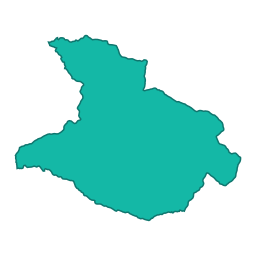 Monte Alegre de Minas, Minas Gerais, Brazil (Albers equal-area conic projection)
{"feature_id": "56859067B97314515422206", "entity_name": "Monte Alegre de Minas", "entity_type": "district", "adm_level": 2, "iso_a3": "BRA", "parent_name": "Brazil", "parent_adm1": "Minas Gerais", "projection": "albers", "projection_center": [-48.909, -18.813], "detail": "fine", "context": "isolated", "style": "filled", "palette": "teal", "viewbox_px": 256, "rotation_deg": 0, "n_neighbors": 0, "source": "geoboundaries", "source_scale": "gbopen_adm2", "svg_char_len": 5717}
<svg xmlns="http://www.w3.org/2000/svg" viewBox="0 0 256 256"><path d="M49.8,45.5L52.6,46.6L53.8,46.8L54.5,47.4L56.6,48.0L55.4,50.5L55.8,51.6L56.8,51.7L58.0,53.1L58.6,54.2L59.2,54.8L60.2,55.2L61.2,56.2L61.8,57.4L60.9,58.3L61.2,59.6L62.0,60.5L62.4,61.6L63.1,62.1L64.1,62.1L64.5,62.9L64.4,63.9L64.7,65.1L65.5,66.5L64.9,67.5L64.7,68.5L65.9,68.5L66.5,69.6L67.4,70.2L68.3,72.1L68.9,73.0L69.7,73.7L70.4,74.5L72.0,76.9L71.9,78.1L72.7,78.8L73.6,78.9L74.7,79.5L75.5,80.4L76.5,81.0L77.7,81.3L80.2,81.5L81.0,81.9L82.7,83.2L83.5,84.0L83.6,85.2L82.6,86.0L81.6,87.3L81.2,89.4L80.5,90.4L80.1,91.7L81.2,93.7L82.2,94.7L82.7,95.7L82.9,96.9L82.9,98.0L82.4,99.0L80.8,101.3L80.3,102.9L79.5,104.4L77.6,107.4L77.5,108.6L79.4,110.9L79.4,112.4L79.2,113.3L78.8,115.7L79.2,116.8L80.8,119.1L80.4,119.9L77.9,120.7L75.9,123.2L74.6,123.5L73.4,122.9L71.3,121.1L69.4,120.7L68.4,121.0L67.6,121.5L67.0,122.8L66.5,123.6L65.6,124.1L64.1,126.2L63.9,127.4L64.0,128.6L63.6,129.9L62.5,130.8L61.8,131.6L59.4,133.2L58.2,133.8L56.7,133.9L54.2,133.6L50.9,134.3L49.9,133.9L47.9,134.2L43.6,136.2L40.9,138.0L38.0,138.9L37.2,139.6L35.3,140.5L34.3,141.2L31.6,143.7L29.6,143.9L27.5,144.8L25.8,144.8L24.6,145.4L24.0,146.0L23.1,146.1L22.2,146.4L21.3,146.5L20.7,147.2L19.6,147.5L19.2,149.5L18.2,151.7L16.5,153.6L15.4,155.6L15.9,156.6L15.7,157.6L15.7,158.6L16.2,160.0L16.0,162.3L16.7,163.0L16.6,164.1L16.9,165.4L17.0,167.2L17.1,168.5L18.2,168.1L19.4,168.5L20.7,168.4L21.8,168.5L22.8,168.2L23.9,165.6L25.1,165.3L26.6,166.9L27.4,167.4L28.5,167.2L31.6,167.0L34.2,166.1L36.8,167.0L38.0,166.2L39.1,166.1L40.0,166.8L43.2,171.1L44.5,171.0L44.5,169.6L45.3,168.8L46.7,169.2L47.7,169.6L49.0,169.5L50.2,170.4L51.5,171.9L52.4,173.8L53.1,174.6L54.2,175.2L55.5,175.0L56.7,175.4L58.1,176.7L59.1,177.0L60.5,176.7L61.4,177.1L62.0,178.1L62.9,178.9L65.0,179.1L66.6,179.1L67.7,179.6L70.2,180.5L71.4,180.5L72.3,180.7L73.3,181.0L73.9,181.9L75.5,186.5L76.9,188.3L78.1,188.8L78.7,189.8L79.4,190.5L80.7,190.9L81.3,192.1L82.4,192.5L83.3,193.2L84.0,195.3L84.9,195.7L86.0,195.7L86.8,196.2L90.0,199.2L91.9,200.1L94.1,200.3L94.9,200.8L94.8,201.8L95.1,202.9L96.1,203.8L97.2,204.0L100.0,204.0L101.1,204.2L103.5,205.8L104.6,206.1L106.1,206.0L107.8,207.1L110.7,207.8L112.9,209.1L115.3,210.8L116.5,211.1L117.7,210.1L119.1,210.3L120.8,211.0L121.9,211.4L122.9,212.0L124.1,212.2L125.2,212.7L126.7,212.3L128.2,212.2L130.1,213.8L131.4,214.3L132.4,214.9L135.5,216.1L136.5,216.1L138.1,217.8L139.3,218.1L140.4,218.7L142.9,218.5L144.3,219.3L146.8,220.0L148.0,220.2L148.9,220.5L150.0,219.9L150.8,219.1L151.5,218.3L152.5,218.2L154.2,216.5L157.5,214.9L158.9,214.9L160.0,214.4L161.0,214.3L162.0,214.5L163.2,213.6L164.4,213.1L165.6,213.1L168.4,212.0L170.9,212.5L171.8,211.9L172.4,212.8L173.3,212.7L173.9,211.9L175.0,211.4L176.3,211.5L177.5,211.7L178.6,211.3L179.4,211.3L179.8,210.2L180.7,210.3L181.6,210.9L182.4,211.1L183.4,210.8L184.3,211.2L185.6,208.2L187.0,206.5L187.8,205.4L188.1,204.1L188.1,202.7L188.6,201.4L189.5,200.5L190.9,199.8L192.8,198.0L193.4,196.5L193.7,193.3L194.4,192.8L196.2,192.0L197.2,191.1L198.5,190.5L199.3,189.9L200.3,187.5L201.3,187.1L202.3,186.5L203.0,185.5L203.5,184.4L203.7,183.4L203.4,182.3L202.9,181.3L202.9,180.1L203.2,179.0L204.6,177.2L205.3,176.1L206.2,173.9L206.7,173.1L207.7,173.0L208.5,173.4L209.2,173.9L211.0,175.7L212.5,176.6L213.4,177.3L214.3,178.0L216.5,180.6L218.9,181.9L219.8,183.8L222.4,184.5L223.2,185.2L224.3,185.5L225.5,185.6L226.2,185.2L226.9,184.3L228.0,183.6L228.6,182.9L230.3,181.8L231.5,181.2L232.8,180.0L233.6,178.9L235.3,177.1L235.7,176.2L236.0,173.5L237.0,170.3L237.2,168.0L237.9,165.6L238.0,164.6L238.7,163.8L239.2,162.8L239.8,162.0L240.3,160.7L240.6,158.9L240.5,157.4L239.6,156.8L238.6,156.3L238.1,155.5L236.1,153.5L235.3,153.1L233.5,153.3L231.8,153.8L230.9,153.5L230.0,152.9L229.0,152.1L228.4,150.2L227.5,149.0L226.5,148.3L225.5,146.4L224.5,145.5L221.0,144.3L219.7,144.0L218.7,142.9L216.5,137.6L216.3,136.5L216.9,135.7L218.0,135.1L219.9,133.4L221.6,131.5L222.7,131.0L223.6,130.2L223.8,129.2L223.6,128.1L223.1,126.8L222.9,124.8L222.6,123.8L222.1,122.6L220.4,120.8L218.6,119.5L218.0,118.4L217.1,117.3L214.6,115.1L213.6,115.0L212.4,114.6L210.5,113.3L208.7,111.7L207.4,111.3L205.2,111.0L203.8,111.3L201.1,110.6L199.9,110.5L198.7,110.8L196.9,111.6L195.8,111.3L194.7,110.7L191.2,107.8L188.7,106.3L187.7,106.0L186.0,104.9L185.1,104.1L182.8,103.5L181.5,102.9L180.6,102.6L178.8,101.7L176.8,101.8L175.9,101.3L172.1,98.8L171.3,98.1L170.4,97.5L167.6,96.1L165.8,94.7L164.9,94.5L164.3,93.7L163.6,92.4L162.7,91.4L161.4,90.9L160.1,90.8L159.5,90.0L158.2,89.9L157.2,89.7L156.4,88.7L155.5,88.2L154.5,88.1L153.6,88.3L151.8,89.0L150.7,89.1L149.3,89.6L146.5,90.1L145.5,90.5L144.3,90.7L143.3,90.2L143.5,88.9L144.2,87.8L144.6,86.8L145.1,83.4L145.0,82.1L145.3,81.1L145.3,79.5L144.9,78.0L144.3,76.7L144.3,75.5L144.7,74.6L145.2,72.0L145.1,70.6L145.5,69.0L145.6,67.7L145.3,66.6L146.7,64.1L147.2,61.5L146.5,60.4L145.3,60.0L144.0,59.9L142.9,60.8L141.7,61.3L139.7,60.6L137.7,60.8L135.7,60.3L133.1,59.1L132.2,58.8L128.6,59.0L127.5,58.7L126.6,58.1L125.8,57.7L124.8,57.4L122.7,57.1L121.6,56.7L120.4,55.3L119.4,53.7L118.3,49.9L117.6,48.7L117.2,47.4L116.2,45.7L115.1,45.4L112.8,44.9L109.3,44.6L108.4,44.2L107.7,43.3L107.5,41.9L107.0,41.1L106.1,40.9L105.1,40.8L102.5,41.0L101.4,40.4L97.7,39.5L95.3,39.4L92.4,39.7L91.2,38.9L90.2,38.0L89.3,37.7L88.1,36.8L87.2,35.8L86.2,35.5L85.3,35.6L84.5,36.2L83.7,37.4L82.6,38.4L81.2,38.3L78.4,40.7L77.6,40.9L76.6,40.2L75.6,40.2L75.0,41.2L72.6,41.5L71.4,42.1L70.1,42.0L68.8,41.2L67.9,40.1L66.5,39.8L65.3,39.9L64.6,39.4L64.0,38.4L62.9,37.9L60.8,37.8L59.9,38.1L58.6,39.6L57.6,39.0L57.5,37.7L56.4,38.1L55.8,39.0L55.0,39.7L54.2,40.8L53.1,41.3L51.9,41.3L51.1,41.8L50.0,42.3L48.5,42.1L49.0,43.4L49.6,44.5L49.8,45.5Z" fill="#14b8a6" stroke="#0f766e" stroke-width="1.5"/></svg>